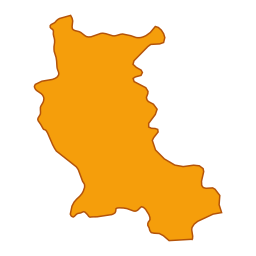 the Metropolitan department of Loire
{"feature_id": "FRA-5315", "entity_name": "Loire", "entity_type": "Metropolitan department", "adm_level": 1, "iso_a3": "FRA", "parent_name": "France", "parent_adm1": "", "projection": "natural_earth1", "projection_center": [4.105, 45.756], "detail": "fine", "context": "isolated", "style": "filled", "palette": "amber", "viewbox_px": 256, "rotation_deg": 0, "n_neighbors": 0, "source": "natural_earth", "source_scale": "10m", "svg_char_len": 2597}
<svg xmlns="http://www.w3.org/2000/svg" viewBox="0 0 256 256"><path d="M219.8,195.5L219.1,204.7L221.6,212.6L213.1,214.1L197.7,221.3L194.2,224.1L192.0,227.5L191.7,229.8L192.7,236.2L192.5,238.8L192.1,239.5L191.4,239.3L169.1,240.6L163.4,235.7L159.3,233.5L154.0,233.2L151.3,232.6L150.4,231.5L149.6,229.9L149.2,228.0L147.8,225.4L147.8,223.6L148.3,222.1L149.3,220.8L150.0,219.6L149.9,217.4L148.9,214.6L145.6,209.3L143.5,207.4L141.6,206.7L140.3,207.6L138.0,209.9L136.6,210.8L135.1,211.2L133.6,211.0L127.0,208.6L123.5,208.0L119.1,207.8L117.2,208.0L115.9,208.8L115.8,210.2L115.6,211.6L114.9,212.9L113.4,213.9L111.7,214.6L97.1,216.8L91.9,216.9L90.4,217.1L89.6,217.0L88.6,216.2L87.7,214.9L86.4,213.5L84.8,212.0L83.3,211.7L80.7,212.9L77.7,213.5L76.4,214.3L74.3,216.4L73.2,217.0L72.0,216.5L71.1,215.8L70.3,214.1L72.0,206.1L74.1,202.1L76.6,199.2L79.8,196.2L81.9,193.7L83.3,191.2L84.6,187.3L84.6,185.2L84.3,183.9L82.6,181.3L78.3,169.7L77.4,168.3L76.3,166.8L56.4,151.1L54.6,148.4L52.6,144.6L47.6,133.0L46.0,130.4L44.8,129.7L43.7,129.4L43.1,128.7L40.7,124.4L38.2,120.8L37.8,119.5L38.0,118.2L40.3,114.3L40.5,113.0L40.5,111.5L40.4,110.1L40.4,108.7L40.4,107.6L40.6,106.8L41.0,105.9L43.1,102.3L43.6,100.8L43.9,98.5L43.5,96.8L42.6,95.1L41.3,93.7L36.9,90.7L35.6,89.5L34.6,87.6L34.4,86.3L35.3,84.4L41.9,81.2L52.5,79.4L55.3,78.3L57.3,76.9L58.6,74.9L58.8,73.3L58.4,71.7L57.8,70.2L57.3,68.7L57.0,67.1L56.6,61.0L56.1,57.5L54.2,51.4L54.0,49.3L54.0,46.7L54.6,42.5L54.6,40.1L54.2,37.9L53.7,36.2L53.3,34.1L53.4,31.0L53.0,30.0L52.5,29.3L51.5,28.8L50.9,28.2L50.2,27.3L50.2,25.6L51.2,24.5L54.1,23.0L55.2,22.2L55.9,21.4L56.4,20.7L56.9,20.3L58.0,19.4L59.5,18.5L70.6,15.4L72.1,18.2L72.6,20.4L72.7,20.9L72.7,21.2L72.1,26.3L72.2,27.8L72.5,29.0L73.5,29.9L75.0,30.6L79.0,31.6L80.7,32.4L85.1,35.8L86.5,36.6L88.5,37.0L91.1,36.8L100.8,33.4L102.8,33.2L105.8,33.7L112.7,35.8L114.3,35.9L116.1,35.6L120.5,34.3L122.6,34.0L130.8,35.7L136.0,37.5L137.6,37.7L139.2,37.7L141.0,37.5L143.1,36.9L145.9,35.7L150.3,32.5L155.3,26.5L158.4,27.5L161.3,30.1L163.6,33.7L164.8,37.6L163.6,42.5L159.7,43.9L150.8,44.4L147.9,46.5L134.0,60.7L133.0,64.3L136.3,67.4L141.1,70.1L142.4,72.5L141.0,75.4L135.4,76.9L133.1,78.4L134.1,81.6L145.8,87.7L148.0,91.4L147.8,93.7L146.4,97.3L146.9,99.7L148.3,101.5L153.4,104.2L157.1,109.2L155.3,114.5L148.7,123.3L148.7,127.0L151.4,128.3L155.1,128.5L157.7,129.4L158.1,132.0L153.7,137.6L152.3,140.4L155.5,150.0L164.3,158.9L174.8,165.1L183.2,166.6L193.6,165.2L199.3,165.8L203.1,168.6L203.7,171.6L201.5,181.2L201.7,185.4L203.3,187.6L206.0,188.3L212.7,187.9L215.1,189.3L219.8,195.5Z" fill="#f59e0b" stroke="#b45309" stroke-width="1.5"/></svg>